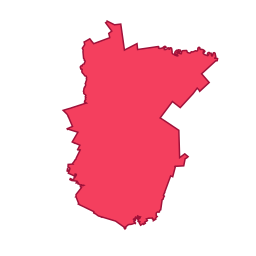 Vallecillo, Nuevo León, Mexico, rotated 16°
{"feature_id": "50627088B49667665932630", "entity_name": "Vallecillo", "entity_type": "district", "adm_level": 2, "iso_a3": "MEX", "parent_name": "Mexico", "parent_adm1": "Nuevo León", "projection": "albers", "projection_center": [-99.794, 26.639], "detail": "fine", "context": "isolated", "style": "filled", "palette": "rose", "viewbox_px": 256, "rotation_deg": 16, "n_neighbors": 0, "source": "geoboundaries", "source_scale": "gbopen_adm2", "svg_char_len": 5670}
<svg xmlns="http://www.w3.org/2000/svg" viewBox="0 0 256 256"><g transform="rotate(16 128 128)"><path d="M179.9,207.9L179.5,207.4L179.5,207.1L179.7,206.3L180.5,205.0L180.3,204.9L179.7,204.9L179.3,204.5L178.6,202.1L178.8,201.5L179.5,200.6L179.9,200.4L180.4,200.5L181.1,200.3L181.3,200.0L181.2,199.3L181.3,198.6L181.6,197.9L182.0,197.6L180.6,187.6L181.1,186.8L181.3,186.8L181.4,184.5L181.6,183.8L181.7,183.5L181.2,183.2L181.1,183.4L180.6,183.0L180.7,181.5L181.1,180.0L180.9,179.9L182.2,162.3L184.4,162.5L184.2,152.4L183.7,152.3L183.8,151.8L186.6,150.9L192.0,149.0L191.4,141.8L192.0,141.3L192.9,140.3L193.7,139.0L189.7,137.2L185.8,142.3L177.5,116.2L158.7,110.2L156.7,109.6L156.3,109.7L156.1,109.5L163.4,90.3L172.6,94.0L181.1,77.0L183.5,70.6L185.9,72.0L186.8,73.0L193.5,61.9L183.8,55.6L193.9,39.1L194.8,39.0L195.2,38.7L195.0,36.6L194.1,36.5L193.1,36.7L192.8,36.9L192.2,37.0L192.2,36.7L192.8,35.8L192.8,35.4L192.4,34.5L191.9,33.8L191.6,33.0L191.1,32.2L190.8,32.0L190.1,31.8L189.7,32.0L189.2,32.7L189.3,34.7L189.2,35.4L188.9,35.6L188.6,35.6L188.2,35.1L188.0,34.9L187.9,34.1L187.4,33.7L187.4,33.4L187.2,33.2L186.8,33.4L186.4,33.4L186.1,33.7L185.7,33.2L185.1,33.0L184.8,33.1L184.0,33.9L183.9,34.5L184.0,34.7L184.6,35.2L185.1,35.4L184.9,36.3L184.2,36.6L183.5,36.3L183.0,36.3L182.4,36.5L180.9,36.2L179.8,35.6L179.7,35.4L180.0,35.1L180.0,34.8L179.9,34.6L179.4,34.3L179.5,33.8L179.9,33.9L180.1,33.7L180.5,33.9L180.8,33.2L180.6,32.9L179.7,32.4L178.3,32.0L176.5,32.2L176.0,32.5L175.8,32.5L175.1,31.8L175.1,31.3L174.6,30.9L174.2,30.8L173.6,31.1L173.3,31.7L173.2,32.1L173.6,33.8L173.5,34.1L173.3,34.4L173.1,35.0L172.5,35.2L172.0,35.1L171.7,35.1L171.3,35.3L170.4,36.2L169.5,36.8L168.9,37.1L167.8,37.3L167.4,38.4L166.8,39.0L164.4,39.0L164.1,38.8L163.5,37.9L163.0,37.4L162.5,37.4L161.6,37.8L159.7,38.4L159.3,38.6L158.9,39.1L158.7,39.5L158.7,39.9L158.6,40.6L158.8,41.5L158.7,42.0L158.4,42.1L157.2,42.1L156.3,42.0L155.4,42.3L154.5,42.3L154.2,42.0L154.3,41.7L154.7,41.1L155.2,40.8L156.0,40.6L156.8,40.7L157.1,40.5L157.3,40.0L157.1,39.0L156.7,38.7L155.0,38.9L154.8,39.1L154.8,39.8L153.9,39.6L153.4,39.8L152.9,40.5L152.2,42.0L152.3,43.2L152.5,43.4L152.9,43.6L153.4,44.0L153.9,44.1L154.8,43.9L155.3,44.0L155.8,44.4L156.0,44.8L155.3,45.2L154.2,44.9L154.1,45.1L152.9,45.0L152.1,44.7L151.1,44.6L149.9,43.9L149.5,43.3L149.4,42.6L148.3,40.0L147.8,39.3L147.4,39.1L146.8,39.1L146.3,39.5L146.4,40.3L146.1,40.9L145.8,41.0L145.7,40.9L145.8,40.1L145.6,39.8L145.3,39.7L144.3,40.0L144.2,40.1L144.1,40.8L142.9,42.0L142.5,42.3L141.4,42.6L141.2,42.2L140.8,41.8L140.8,41.3L140.9,41.0L142.2,40.2L142.4,39.9L141.6,39.3L141.0,39.3L140.5,39.6L139.7,40.5L139.2,41.5L138.5,41.8L137.9,42.3L136.5,42.8L135.8,42.9L135.3,42.7L135.2,42.5L135.3,42.1L135.3,41.7L134.7,41.3L115.6,49.9L113.4,44.4L103.1,54.1L92.4,30.1L86.6,32.5L78.5,31.0L78.6,31.5L78.5,31.8L77.5,33.0L85.7,39.3L83.4,42.4L85.4,45.8L85.5,46.3L76.1,53.2L76.0,53.4L75.8,53.4L71.8,56.4L69.3,54.7L69.1,54.8L68.9,54.7L68.5,54.1L66.7,52.8L62.9,56.7L62.1,57.4L62.8,58.6L63.4,59.9L62.1,63.9L63.4,65.4L63.7,67.1L66.1,73.3L66.9,73.8L67.4,75.0L67.9,75.0L68.5,75.8L68.2,77.0L68.3,78.3L67.3,79.1L66.7,80.0L66.8,80.9L65.8,81.1L65.3,82.4L65.5,82.9L65.7,83.0L65.9,83.6L66.5,84.4L67.3,84.1L67.8,84.4L67.8,85.3L68.2,86.8L68.4,86.8L69.2,87.8L69.7,87.9L72.2,89.8L73.5,89.7L74.4,91.1L74.3,91.9L74.8,92.6L74.9,94.2L74.7,95.6L74.9,96.3L74.6,97.0L75.5,98.3L75.4,99.8L75.0,100.4L75.3,101.0L74.7,101.7L75.0,103.4L75.1,105.2L75.7,105.6L75.8,106.6L76.1,107.1L76.8,107.4L77.8,107.7L78.5,108.2L78.3,109.8L79.0,110.2L78.8,110.5L79.0,111.6L79.4,111.8L79.5,112.2L79.1,112.9L79.2,113.3L78.9,113.8L79.0,115.0L80.1,115.1L81.2,115.5L79.4,116.5L78.5,117.2L67.8,124.4L66.9,125.1L66.4,125.3L60.8,128.9L65.7,131.6L67.4,133.2L67.3,133.6L67.9,134.0L74.2,141.8L69.7,145.4L70.2,146.0L70.7,145.6L81.0,145.9L78.2,156.8L80.9,157.3L80.9,157.1L86.5,157.8L85.5,162.7L85.9,162.9L87.3,162.5L87.6,162.1L88.1,162.2L86.5,171.2L86.5,172.5L85.9,173.2L85.4,175.2L84.4,177.6L84.9,177.9L80.5,179.5L81.1,182.1L81.3,182.2L82.7,182.3L82.9,182.5L83.4,183.2L83.3,185.1L81.6,185.0L81.5,183.9L81.1,183.9L81.3,186.1L83.2,186.2L83.1,187.9L89.9,188.9L89.9,188.4L90.1,188.4L90.1,188.2L89.9,188.2L89.9,186.8L91.1,186.8L91.3,187.4L90.6,190.2L89.9,190.2L90.0,193.0L86.5,192.5L86.4,193.6L88.3,194.0L93.4,193.2L93.5,193.8L93.3,195.1L93.8,195.0L94.1,194.5L93.7,194.3L93.7,194.1L93.9,193.8L94.2,193.6L95.1,194.4L94.8,194.5L95.3,195.3L95.6,194.9L96.0,195.1L96.2,195.5L97.5,196.0L97.9,195.9L98.3,195.5L98.9,195.4L99.3,195.8L99.5,195.8L100.7,195.3L101.3,195.3L100.8,195.8L99.7,196.1L99.0,196.2L98.4,197.6L99.7,198.1L96.4,206.3L97.0,208.3L96.8,208.6L97.1,208.6L101.5,214.3L101.2,214.8L102.9,215.2L118.2,217.8L118.4,219.1L119.4,219.3L119.4,219.1L119.5,219.1L123.8,220.7L127.1,220.7L127.1,221.0L127.4,221.0L127.4,220.7L141.7,220.9L152.0,224.5L151.8,225.1L152.9,225.9L153.5,224.6L152.8,224.2L153.2,223.4L155.1,220.7L155.6,220.6L155.9,220.3L157.3,219.9L159.0,218.9L159.4,218.5L160.4,217.8L161.4,217.8L161.4,217.3L159.6,216.3L160.2,215.4L159.8,215.4L158.4,214.2L159.1,213.3L159.6,213.9L159.9,213.8L160.4,213.9L160.4,213.7L160.1,213.3L160.1,213.1L159.7,212.7L159.8,211.7L161.8,212.8L161.9,212.2L162.2,212.0L161.2,211.4L161.3,210.7L161.5,210.6L161.4,210.4L161.5,209.8L163.0,210.2L164.5,210.0L164.3,211.2L163.7,211.5L163.0,211.4L163.1,211.5L163.8,211.9L163.2,212.5L163.3,214.9L163.7,215.0L163.8,214.8L164.2,214.6L164.5,214.9L165.2,214.8L165.1,215.7L164.9,216.0L166.9,218.0L168.9,215.7L169.6,216.3L170.9,214.8L170.0,213.9L171.1,212.7L171.3,212.6L171.2,212.5L172.1,211.6L170.7,210.3L172.7,209.0L176.2,207.9L176.6,208.7L177.7,208.6L177.5,209.4L177.7,209.7L177.9,209.6L178.0,210.0L179.9,207.9Z" fill="#f43f5e" stroke="#9f1239" stroke-width="1.5"/></g></svg>